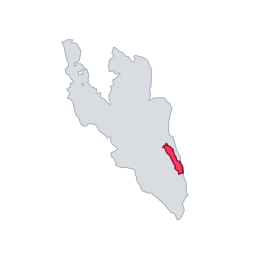 Issyk Kul, Ysyk-Köl, Kyrgyzstan (highlighted), rotated 72°
{"feature_id": "92254566B19952550744366", "entity_name": "Issyk Kul", "entity_type": "district", "adm_level": 2, "iso_a3": "KGZ", "parent_name": "Kyrgyzstan", "parent_adm1": "Ysyk-Köl", "projection": "albers", "projection_center": [77.461, 42.683], "detail": "fine", "context": "in_parent", "style": "filled", "palette": "rose", "viewbox_px": 256, "rotation_deg": 72, "n_neighbors": 0, "source": "geoboundaries", "source_scale": "gbopen_adm2", "svg_char_len": 5323}
<svg xmlns="http://www.w3.org/2000/svg" viewBox="0 0 256 256"><g transform="rotate(72 128 128)"><path d="M58.6,149.5L59.3,149.2L61.2,148.9L65.2,148.9L66.5,149.2L69.1,151.0L71.1,151.0L71.5,151.2L72.2,152.6L75.2,150.8L77.3,150.4L78.5,148.4L80.8,146.2L82.7,145.9L82.7,146.3L83.1,146.7L85.0,147.4L85.6,146.8L86.0,145.9L85.4,144.5L85.4,143.9L86.1,143.1L89.1,144.6L89.7,144.6L91.2,144.0L92.5,142.7L93.1,141.7L99.5,138.8L100.0,138.2L99.9,137.7L97.3,136.8L96.1,137.2L95.0,137.1L94.4,136.6L91.2,136.3L90.5,135.9L88.6,133.4L86.0,131.7L84.8,131.7L83.2,132.2L82.8,131.9L82.8,129.7L82.6,128.3L81.7,127.9L80.5,128.4L77.3,127.4L77.1,124.6L76.1,122.0L74.5,120.9L74.5,119.4L74.0,118.7L73.5,118.8L72.8,119.6L73.0,121.2L72.6,122.9L72.2,123.7L71.4,124.3L70.6,124.2L69.2,123.3L68.6,128.3L68.3,128.6L66.6,127.7L65.2,127.9L63.1,127.5L61.7,126.5L58.7,125.3L57.3,124.3L56.7,120.9L56.0,119.6L55.2,119.3L51.9,120.2L48.8,117.9L47.2,117.3L46.8,116.6L46.9,115.9L52.3,112.6L54.4,110.1L55.8,109.1L59.0,108.2L59.9,105.9L60.2,105.7L63.4,104.8L67.1,103.0L67.2,102.4L66.9,101.9L63.9,99.7L62.2,100.5L61.3,99.3L61.4,98.2L62.6,96.3L63.6,95.4L64.1,93.6L65.5,92.4L66.9,90.6L68.7,89.1L71.7,88.1L73.3,88.6L74.9,88.4L77.4,87.6L78.9,87.6L84.9,89.5L87.0,89.7L91.7,92.0L95.4,93.1L97.1,95.1L103.1,96.3L104.8,96.9L105.3,97.9L107.0,99.1L108.4,99.4L107.4,94.9L108.0,92.2L110.2,85.0L111.3,83.9L116.3,82.1L117.5,80.6L121.0,80.7L121.7,80.5L122.1,79.6L132.8,86.4L136.9,88.4L142.5,90.2L147.3,90.8L148.2,90.5L150.2,88.0L151.1,87.9L163.1,88.5L171.6,87.3L172.9,87.3L176.1,88.8L186.2,89.2L190.2,90.1L196.5,89.7L199.2,89.8L204.0,91.6L205.7,91.9L208.8,92.2L210.0,91.8L210.7,92.2L211.5,94.5L214.5,97.3L215.6,98.9L216.8,99.5L222.4,99.8L224.6,100.4L230.0,105.7L230.7,108.8L230.2,109.5L224.6,110.1L223.4,110.6L222.1,113.0L214.7,116.1L213.6,116.1L203.6,121.7L196.7,126.4L196.4,128.6L192.3,133.7L189.3,134.3L186.7,134.2L182.3,135.8L176.8,135.2L175.0,135.3L171.4,134.6L169.9,135.0L168.3,136.0L166.2,140.0L165.3,140.9L164.9,141.8L164.5,143.8L163.7,145.8L161.8,149.0L160.3,150.4L158.8,151.3L157.7,149.4L155.8,150.7L154.0,150.4L152.9,150.7L150.4,152.4L146.8,152.2L146.4,151.6L145.8,147.0L145.2,144.9L144.7,144.4L144.1,144.3L138.8,147.8L136.3,148.3L134.3,148.4L131.8,147.2L131.2,147.5L130.7,148.1L130.5,148.8L131.2,150.9L131.0,151.3L129.8,151.2L128.2,151.6L123.0,155.7L119.8,156.7L116.8,157.0L115.1,157.7L114.0,159.2L111.9,163.5L111.9,164.4L112.7,165.6L113.2,168.3L113.0,168.9L111.3,171.1L109.3,171.6L107.7,171.9L104.6,171.5L103.0,171.8L100.1,173.3L97.7,173.5L93.2,173.3L88.8,172.5L87.4,172.6L83.4,173.3L82.0,174.8L81.2,176.2L80.8,176.4L79.3,175.0L77.5,172.6L76.5,172.6L72.9,174.2L72.3,174.1L71.4,173.3L71.7,170.5L70.6,169.8L68.2,169.5L67.5,168.8L67.9,167.0L67.7,166.3L67.1,165.7L65.8,165.8L63.2,167.1L60.3,167.4L59.2,167.9L58.0,169.8L54.0,169.9L52.8,169.3L50.8,165.5L48.8,164.7L46.7,164.7L43.9,165.4L43.3,164.6L42.6,164.3L41.9,164.9L38.5,164.7L35.0,164.3L33.1,163.7L31.8,163.6L29.1,164.3L26.0,164.2L26.0,160.8L25.3,158.4L26.6,154.6L27.2,153.4L29.4,155.1L30.3,154.9L30.6,154.2L30.4,152.5L31.7,150.7L40.1,148.9L48.8,153.4L49.8,155.9L50.6,155.9L51.9,154.9L52.5,152.9L54.3,151.8L58.3,150.8L58.6,149.5ZM62.6,158.3L62.8,158.0L62.3,156.2L63.3,154.6L61.5,154.2L60.6,153.6L59.7,151.8L59.3,151.7L58.8,152.1L58.4,153.2L58.6,154.4L59.8,155.7L59.0,158.0L61.7,158.5L62.6,158.3ZM53.0,159.2L53.0,158.7L52.4,158.5L49.0,157.5L49.1,158.0L50.3,159.9L51.3,160.0L53.0,159.2ZM73.5,157.7L73.7,156.6L71.7,157.1L71.4,157.6L72.0,158.4L72.9,158.7L73.5,157.7Z" fill="#d9dde1" stroke="#a8b0b8" stroke-width="1"/><path d="M154.6,96.2L154.7,96.7L155.9,97.3L156.0,99.6L157.3,100.6L157.4,99.3L159.9,99.0L162.5,98.9L164.7,98.2L166.8,96.8L173.9,95.8L176.9,95.3L178.4,94.6L180.1,95.6L181.7,95.6L184.7,93.5L187.7,93.8L187.4,91.5L187.8,89.6L187.7,89.6L187.6,89.4L187.4,89.4L187.2,89.4L187.0,89.5L186.9,89.5L186.7,89.5L186.6,89.4L186.4,89.3L186.4,89.2L186.5,89.2L186.4,89.2L186.2,89.0L186.2,88.9L185.9,88.7L185.7,88.8L185.4,88.9L185.2,88.9L185.0,89.0L184.9,89.0L184.9,88.9L184.7,88.8L184.6,89.0L184.5,88.9L184.4,88.9L184.4,89.0L184.3,88.9L184.2,88.8L184.0,88.7L183.9,88.7L183.8,88.8L183.7,88.7L183.7,88.8L183.6,88.7L183.4,88.7L183.2,88.7L182.9,88.7L182.8,88.8L182.7,88.8L182.7,88.7L182.4,88.7L182.2,88.7L181.9,88.4L182.0,88.3L182.0,88.2L181.9,88.2L181.7,88.1L181.4,88.2L181.3,88.3L181.2,88.3L180.9,88.4L180.8,88.5L180.7,88.5L180.5,88.4L180.4,88.3L180.4,88.2L180.2,88.2L180.1,88.3L179.9,88.4L179.7,88.5L179.6,88.4L179.4,88.4L179.3,88.5L179.2,88.5L178.9,88.7L178.8,88.8L178.7,88.8L178.4,88.9L178.4,89.0L178.2,89.1L177.9,89.0L177.9,88.9L177.7,88.9L177.4,88.7L177.2,88.7L177.2,88.9L176.9,88.8L176.7,88.8L176.4,88.8L176.1,88.7L175.8,88.7L175.7,88.9L175.8,89.3L175.9,89.5L175.8,89.8L174.3,91.2L174.1,91.4L173.6,91.5L173.2,91.6L172.3,91.6L170.7,91.5L168.6,91.9L168.3,92.4L164.5,92.1L164.4,92.2L164.1,92.2L163.9,92.2L163.6,92.1L163.1,92.1L162.9,92.1L162.7,92.0L162.5,91.9L162.3,91.8L162.2,91.9L162.1,92.0L162.1,92.3L162.0,92.5L161.7,92.5L161.3,92.6L161.1,92.8L160.8,92.7L160.6,92.7L160.4,92.8L160.2,93.0L159.9,93.3L159.7,93.4L159.5,93.5L159.4,93.6L159.2,93.7L159.0,93.8L158.9,93.9L158.7,94.1L158.3,94.4L158.2,94.5L157.8,94.9L157.6,95.0L157.4,95.0L157.2,95.3L157.2,95.6L157.2,95.8L157.0,96.0L156.8,96.1L156.6,96.1L155.9,95.8L155.7,95.8L155.4,95.9L155.2,96.0L154.9,96.0L154.6,96.2Z" fill="#f43f5e" stroke="#9f1239" stroke-width="1.5"/></g></svg>